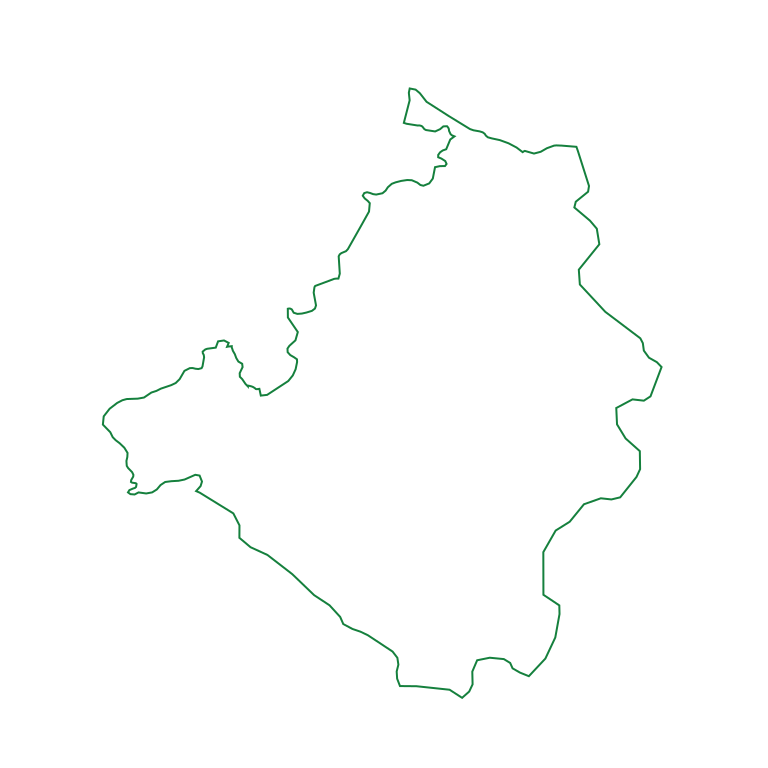 the border of Lower Silesian, rotated 100°
{"feature_id": "POL-3141", "entity_name": "Lower Silesian", "entity_type": "Voivodeship", "adm_level": 1, "iso_a3": "POL", "parent_name": "Poland", "parent_adm1": "", "projection": "mercator", "projection_center": [16.102, 50.931], "detail": "fine", "context": "isolated", "style": "outline", "palette": "green", "viewbox_px": 768, "rotation_deg": 100, "n_neighbors": 0, "source": "natural_earth", "source_scale": "10m", "svg_char_len": 3665}
<svg xmlns="http://www.w3.org/2000/svg" viewBox="0 0 768 768"><g transform="rotate(100 384 384)"><path d="M149.0,370.4L146.1,369.0L143.8,366.7L142.0,363.5L131.7,361.2L127.9,357.6L127.3,360.3L126.4,361.8L123.4,363.9L122.3,364.2L121.1,364.7L120.1,365.6L119.2,366.7L120.0,370.3L123.3,373.0L126.4,377.5L126.6,386.8L126.0,388.5L124.0,390.7L123.4,391.8L123.2,393.6L123.4,394.9L123.6,395.8L123.8,407.0L123.4,409.8L100.2,408.0L92.9,410.1L88.5,410.0L88.6,404.0L91.4,399.2L98.7,391.1L108.9,366.7L118.0,343.6L118.6,339.9L118.6,333.7L119.0,330.5L120.1,328.3L121.7,326.8L123.0,324.6L123.4,320.5L123.7,312.3L125.3,303.2L128.1,294.5L131.6,287.7L130.7,286.8L130.0,285.8L131.0,276.3L128.1,270.0L123.5,264.5L119.7,257.9L119.1,255.7L118.3,249.8L118.3,249.5L117.0,235.7L120.9,233.5L153.4,216.5L159.2,216.4L171.2,226.8L177.1,227.2L187.4,209.5L194.1,201.4L209.0,196.2L237.6,212.0L252.0,208.4L274.5,178.6L294.5,139.5L298.8,136.2L306.0,133.9L312.1,127.6L315.1,119.1L319.1,113.6L349.9,119.4L355.3,125.2L356.0,136.6L367.3,151.1L383.3,147.5L395.7,136.6L405.7,120.4L423.4,117.0L431.7,119.2L454.6,131.7L458.2,140.0L458.9,150.6L467.7,166.2L487.4,177.2L498.5,189.5L521.9,197.9L563.9,190.4L571.6,172.9L580.1,171.2L603.9,171.3L626.4,177.4L646.6,190.6L644.6,200.0L641.7,208.0L636.8,211.3L634.1,218.2L635.2,232.3L639.9,244.3L651.9,247.1L664.4,244.6L672.1,246.7L679.5,252.6L673.7,266.3L676.0,299.6L678.7,315.8L671.9,319.9L664.9,321.6L657.9,321.1L651.3,323.3L646.0,329.1L634.2,356.3L632.0,364.2L630.7,372.6L627.5,382.4L621.0,386.7L611.4,399.2L604.1,416.1L587.2,441.3L572.6,469.1L567.9,487.1L560.6,499.7L548.3,501.8L537.6,509.9L523.0,546.6L522.1,550.4L516.4,546.9L511.7,546.3L506.2,549.7L506.2,554.1L512.7,563.8L515.0,569.6L516.6,576.4L518.5,582.5L522.3,586.5L527.3,589.4L531.0,593.5L533.1,599.2L533.4,606.9L536.1,610.4L536.5,614.6L535.2,617.3L532.7,616.3L530.6,613.1L529.6,611.2L528.4,610.3L525.4,610.3L524.8,611.2L524.9,615.0L524.4,616.2L522.6,616.3L518.8,614.9L517.0,615.0L514.6,616.7L511.2,621.4L509.3,623.1L507.0,623.7L504.5,624.3L500.5,624.1L496.4,624.6L491.9,628.6L488.2,634.1L486.0,638.4L483.5,641.9L479.0,645.2L472.8,653.8L464.5,654.4L456.0,649.9L449.0,643.5L445.4,638.8L443.5,634.8L441.2,624.0L439.0,618.0L432.8,611.6L430.3,606.9L427.3,602.9L422.1,593.4L419.2,589.3L414.7,586.1L405.7,582.8L402.1,578.0L401.5,575.2L401.7,572.3L401.5,569.4L400.1,566.4L398.2,565.8L388.9,565.8L386.6,566.6L385.1,567.8L383.6,568.2L381.0,566.0L380.0,564.2L377.4,556.0L370.8,554.8L368.9,549.1L370.5,544.1L374.6,545.0L374.2,544.0L373.2,540.5L374.4,540.3L376.3,539.2L377.4,538.7L380.5,536.1L384.1,534.0L387.2,531.3L388.7,527.2L391.9,526.2L398.4,528.0L401.9,527.2L403.8,524.5L408.0,520.4L409.8,517.9L409.2,518.1L409.2,516.2L409.4,513.8L409.8,512.1L410.6,510.3L411.2,509.4L411.2,508.3L410.4,505.9L416.8,503.3L415.0,497.2L397.7,478.8L391.4,475.3L384.8,473.6L377.4,473.4L374.8,474.0L373.3,477.2L371.8,481.3L369.4,484.4L365.9,485.2L362.8,483.8L356.4,478.8L347.8,477.9L335.2,490.2L326.6,491.8L326.2,490.8L326.0,489.8L326.2,488.8L326.6,487.7L329.5,485.3L330.0,481.5L328.9,477.1L327.1,472.8L324.5,467.7L321.7,465.1L318.4,464.6L306.3,469.1L300.7,469.3L299.4,468.8L289.1,451.3L288.5,449.4L288.1,447.2L283.0,446.7L266.1,450.8L264.0,450.1L262.5,448.7L259.8,444.5L257.5,443.0L233.2,434.4L216.8,428.7L208.4,429.4L206.5,431.8L204.6,435.2L202.3,437.6L202.0,437.5L199.4,436.6L198.1,434.0L198.3,430.9L198.9,427.7L198.8,424.6L196.4,418.6L193.3,416.0L189.6,414.4L185.5,411.1L183.4,407.6L181.0,402.3L179.1,396.6L178.5,392.0L179.9,386.1L181.7,382.7L181.9,379.6L178.6,374.3L173.2,371.6L161.6,371.4L159.7,366.7L158.8,361.8L156.4,360.6L153.8,362.4L152.0,366.7L151.3,370.0L149.0,370.4Z" fill="none" stroke="#15803d" stroke-width="2"/></g></svg>